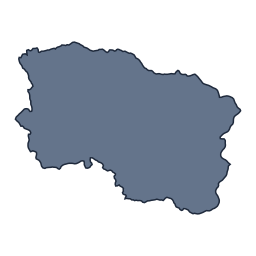 Gameleiras, Minas Gerais, Brazil
{"feature_id": "56859067B89817296937915", "entity_name": "Gameleiras", "entity_type": "district", "adm_level": 2, "iso_a3": "BRA", "parent_name": "Brazil", "parent_adm1": "Minas Gerais", "projection": "albers", "projection_center": [-43.269, -14.981], "detail": "fine", "context": "isolated", "style": "filled", "palette": "slate", "viewbox_px": 256, "rotation_deg": 0, "n_neighbors": 0, "source": "geoboundaries", "source_scale": "gbopen_adm2", "svg_char_len": 5480}
<svg xmlns="http://www.w3.org/2000/svg" viewBox="0 0 256 256"><path d="M18.8,58.9L19.1,60.4L19.4,61.6L20.1,63.4L21.2,64.7L22.1,66.2L22.7,68.1L24.4,69.1L25.3,70.4L26.1,71.4L27.2,72.2L27.9,73.7L28.6,75.8L28.6,77.6L29.0,79.1L30.0,80.6L31.0,81.8L31.4,83.1L32.5,84.5L32.9,86.4L31.8,87.5L30.8,88.9L29.5,89.7L28.0,89.7L28.0,91.5L29.3,93.4L29.7,95.3L29.8,97.0L29.8,98.3L30.1,99.6L30.8,101.1L30.8,103.0L30.9,104.5L31.6,106.2L32.0,108.1L32.0,110.1L31.6,111.3L30.0,111.5L29.2,110.5L28.6,109.3L26.9,108.7L25.1,108.8L24.1,109.3L23.1,110.4L22.0,111.5L20.7,112.8L19.4,113.8L18.5,114.9L17.4,115.9L16.2,117.1L15.4,119.2L17.0,121.0L18.8,122.5L19.9,124.3L20.9,126.2L22.6,126.1L23.7,127.2L24.3,128.3L25.9,128.9L27.8,129.6L29.6,130.5L30.4,131.7L30.8,132.9L30.0,134.3L28.5,134.3L28.3,135.9L28.7,137.7L29.2,139.9L28.7,141.6L28.1,143.2L28.0,145.2L28.1,146.8L28.5,148.2L29.6,150.1L30.5,151.7L31.6,151.4L32.8,150.8L34.2,151.3L35.7,151.8L36.5,152.7L36.6,154.2L36.3,155.8L35.9,157.3L36.2,158.8L37.6,159.5L38.9,160.2L39.7,161.1L40.3,162.1L40.9,163.2L41.2,164.7L41.6,166.2L42.9,167.9L44.9,168.4L46.2,167.7L47.9,167.5L49.5,167.4L50.9,167.3L52.3,167.0L53.6,167.2L55.1,167.3L56.6,167.5L57.7,168.5L59.2,169.2L60.4,168.2L61.1,166.5L62.7,165.2L64.4,164.4L66.1,164.0L67.9,163.5L69.1,163.3L70.7,163.3L72.1,163.3L73.3,163.5L74.7,163.8L76.3,163.6L78.4,162.7L79.8,161.9L80.9,161.1L82.4,160.8L84.0,161.2L84.3,162.9L84.3,164.8L85.0,166.3L85.7,167.9L87.2,168.2L88.5,167.9L89.9,167.2L90.9,165.6L92.1,164.6L91.7,163.1L90.5,161.9L90.1,159.7L90.4,157.8L92.3,157.8L93.7,158.7L95.1,159.7L96.1,160.3L97.3,160.7L98.4,161.9L100.1,162.4L101.5,163.1L102.6,164.0L103.4,165.7L102.6,167.6L103.8,169.0L105.4,169.5L106.4,170.3L107.7,170.9L108.9,170.5L110.2,170.1L111.7,170.7L112.9,172.2L114.3,172.9L115.5,174.0L115.2,175.2L114.1,176.2L114.4,178.2L115.6,179.6L116.0,181.3L115.4,182.6L115.2,184.2L115.7,186.0L117.5,185.8L119.1,184.9L120.1,186.1L122.0,187.0L123.4,188.4L123.2,189.9L123.4,191.3L122.5,192.5L123.0,193.9L124.2,194.6L125.6,194.9L126.3,196.1L125.5,197.2L125.0,198.8L126.6,198.4L128.3,198.7L130.3,198.8L131.7,199.9L133.4,199.9L134.6,200.6L136.1,200.2L137.8,200.6L139.8,200.5L141.5,200.9L142.7,202.2L144.5,202.6L146.2,201.7L147.5,200.9L149.4,200.8L151.4,200.3L152.9,200.1L154.9,199.8L156.8,199.2L158.4,199.6L160.0,200.1L161.5,199.9L163.2,200.5L164.3,199.4L165.3,198.2L166.9,197.3L169.1,198.0L171.1,198.6L172.4,199.6L173.4,201.2L173.9,202.8L175.0,204.0L175.5,205.6L176.2,206.9L177.9,207.6L179.3,208.2L179.9,209.4L181.4,210.4L182.6,210.1L183.6,208.6L185.1,208.7L186.5,209.2L188.2,210.0L189.6,211.9L191.4,212.9L193.0,213.7L194.4,213.3L196.3,213.7L197.8,213.9L199.4,213.7L201.1,213.1L202.9,212.4L204.4,211.6L206.4,210.6L208.2,210.8L209.6,210.8L211.1,210.1L212.7,208.9L214.5,208.3L216.1,207.2L217.4,206.1L218.2,204.7L219.1,202.6L219.3,200.8L219.1,199.4L218.6,198.2L218.1,196.8L217.4,195.4L216.4,194.1L215.8,192.8L215.6,190.9L216.3,189.1L217.2,187.7L218.1,186.9L218.6,185.5L218.4,183.7L219.4,182.1L220.9,181.1L222.4,180.1L224.1,178.1L225.9,176.0L226.6,174.7L226.9,173.4L227.2,171.7L227.7,170.2L228.1,168.9L228.2,167.3L228.4,166.0L229.3,165.1L230.2,164.3L229.1,163.4L228.1,162.6L227.1,161.3L225.5,159.9L224.2,159.3L223.1,158.7L221.9,157.8L221.0,156.6L220.7,155.4L220.7,153.8L221.0,152.6L221.6,151.6L222.6,150.1L224.2,148.4L225.1,146.9L225.4,145.7L225.4,144.5L225.2,143.0L225.3,141.6L225.2,140.3L224.1,138.9L221.9,138.9L220.3,138.6L220.1,137.1L221.3,135.8L222.8,134.3L224.0,133.4L225.7,132.6L227.4,131.8L228.5,130.8L229.5,129.1L229.9,127.8L230.5,126.5L231.4,125.3L232.6,124.3L233.3,122.6L233.4,120.8L233.5,118.9L234.0,117.2L235.2,115.7L236.6,114.7L238.0,113.7L239.3,112.5L240.6,110.8L240.1,109.4L238.9,108.5L237.9,107.7L237.1,106.8L236.6,105.6L236.1,104.4L235.2,103.2L234.4,101.2L233.7,99.1L232.3,97.7L230.8,97.0L229.7,96.5L227.9,96.0L226.6,95.9L225.1,96.2L223.8,96.4L222.7,96.7L221.3,97.3L219.5,97.3L219.2,95.6L218.7,93.9L218.1,92.0L217.4,90.3L215.7,88.8L214.2,88.2L212.9,87.7L211.5,86.8L209.9,86.0L208.7,85.4L207.0,84.9L205.1,84.3L203.6,83.7L202.5,82.9L201.5,81.4L200.4,80.0L199.2,78.6L197.9,76.9L196.4,75.4L194.9,74.2L193.1,74.6L191.8,75.2L190.2,75.8L188.4,76.1L187.2,76.0L186.3,74.8L185.2,74.3L183.9,74.5L181.9,74.4L180.5,73.6L179.7,72.4L179.2,71.2L177.9,70.4L176.5,71.5L175.6,72.6L175.0,73.8L173.8,73.9L172.6,73.8L171.4,73.6L169.3,74.0L167.4,74.3L165.7,74.3L164.4,74.1L163.2,74.5L161.5,74.3L159.6,73.7L158.0,73.7L156.7,74.0L155.5,73.7L154.1,73.0L153.0,71.7L151.7,70.6L148.6,70.5L147.1,69.6L146.2,68.6L144.5,67.9L143.4,66.4L142.5,65.1L141.7,63.5L140.5,62.0L139.6,60.5L138.4,59.3L137.2,58.6L136.0,58.1L135.1,56.6L134.2,55.0L133.1,54.3L131.8,53.6L130.5,53.1L129.2,53.3L127.9,52.7L126.7,52.1L125.0,51.2L122.8,51.5L121.4,50.5L120.2,50.1L119.0,49.5L117.8,49.2L116.6,49.7L115.9,50.7L114.6,51.1L112.8,50.1L110.9,49.9L109.5,50.0L108.5,51.7L107.1,52.5L105.6,51.6L104.2,50.3L102.5,49.2L100.9,49.4L99.2,49.4L98.1,50.3L96.6,50.5L94.3,50.9L93.1,51.2L91.7,50.7L90.2,50.3L88.8,49.3L87.4,48.3L85.9,47.7L84.1,47.2L83.2,46.2L81.8,45.3L80.3,44.6L79.2,43.7L77.7,43.2L75.9,42.6L74.4,42.1L72.5,42.4L71.5,43.2L70.4,44.0L68.9,45.0L67.1,44.7L65.7,45.5L64.4,45.2L63.1,45.1L61.8,45.0L61.0,45.9L59.2,46.7L57.4,47.2L56.2,48.0L55.4,49.0L54.2,48.3L52.5,48.7L50.6,49.3L49.2,50.0L47.6,50.0L46.5,50.4L45.0,50.8L43.4,51.2L41.5,51.2L39.7,52.4L38.6,52.2L38.3,51.0L38.1,49.4L37.0,47.9L35.5,48.4L33.0,48.5L31.5,50.4L30.1,50.8L28.4,49.7L26.7,50.4L26.7,51.6L27.1,54.9L25.2,53.8L22.6,54.3L20.9,57.7L19.2,57.4L18.8,58.9Z" fill="#64748b" stroke="#1e293b" stroke-width="1.5"/></svg>